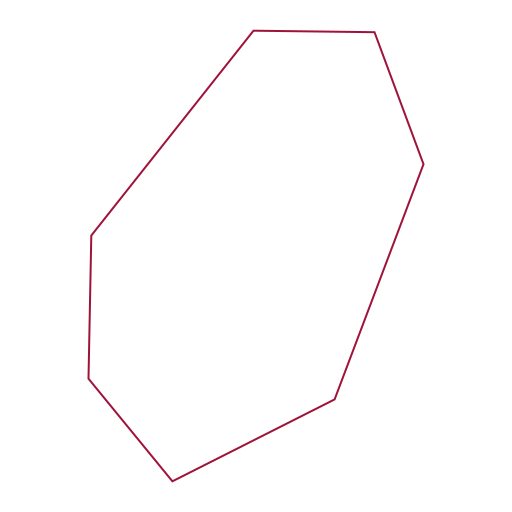 outline of Kayangel
{"feature_id": "PLW-5248", "entity_name": "Kayangel", "entity_type": "state/province", "adm_level": 1, "iso_a3": "PLW", "parent_name": "Palau", "parent_adm1": "", "projection": "albers", "projection_center": [134.709, 8.073], "detail": "fine", "context": "isolated", "style": "outline", "palette": "rose", "viewbox_px": 512, "rotation_deg": 0, "n_neighbors": 0, "source": "natural_earth", "source_scale": "10m", "svg_char_len": 218}
<svg xmlns="http://www.w3.org/2000/svg" viewBox="0 0 512 512"><path d="M253.5,30.7L374.5,32.2L423.5,164.2L334.6,399.4L172.4,481.3L88.5,378.7L91.3,235.5L253.5,30.7Z" fill="none" stroke="#9f1239" stroke-width="2"/></svg>